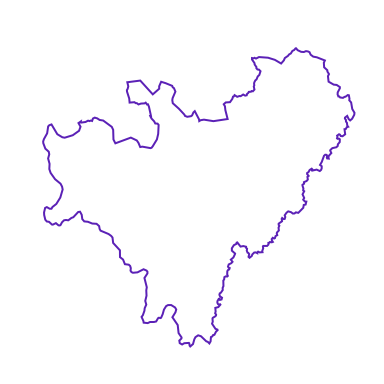 outline of Mouhoun, Mou Houn, Burkina Faso, rotated 186°
{"feature_id": "67063806B95698273817509", "entity_name": "Mouhoun", "entity_type": "district", "adm_level": 2, "iso_a3": "BFA", "parent_name": "Burkina Faso", "parent_adm1": "Mou Houn", "projection": "natural_earth1", "projection_center": [-3.46, 12.237], "detail": "fine", "context": "isolated", "style": "outline", "palette": "violet", "viewbox_px": 384, "rotation_deg": 186, "n_neighbors": 0, "source": "geoboundaries", "source_scale": "gbopen_adm2", "svg_char_len": 5956}
<svg xmlns="http://www.w3.org/2000/svg" viewBox="0 0 384 384"><g transform="rotate(186 192 192)"><path d="M312.1,248.7L309.7,245.3L310.7,241.1L316.5,236.0L324.3,232.7L326.7,232.9L332.0,235.4L338.8,244.5L340.9,243.5L341.9,242.2L342.2,235.2L344.8,229.1L345.3,226.7L345.0,225.0L342.4,219.8L338.7,217.1L337.9,214.6L338.6,210.3L336.6,205.1L336.3,199.9L334.6,196.2L329.5,190.4L323.6,186.5L321.8,183.8L320.9,181.0L322.4,172.7L325.7,165.9L329.2,162.5L330.0,160.7L331.9,160.5L334.8,161.8L336.4,160.8L337.0,156.2L336.6,153.6L335.0,149.1L333.3,147.5L331.1,147.4L327.9,145.0L327.0,145.0L324.1,146.8L321.3,144.9L320.0,144.9L319.3,145.4L318.1,148.3L316.3,150.5L314.4,151.0L312.1,150.9L309.2,153.6L307.4,154.5L303.1,160.2L301.3,160.7L299.3,157.8L298.3,153.6L296.1,151.5L292.4,151.5L287.9,150.2L283.6,150.4L280.8,148.4L280.0,145.6L278.9,144.0L270.6,141.5L267.8,139.9L266.3,138.4L265.1,133.1L257.6,126.5L256.8,119.7L253.5,117.6L251.2,113.2L247.3,113.1L245.8,112.0L244.9,109.9L244.9,107.3L243.8,106.0L242.3,105.5L237.8,106.4L232.1,110.1L229.0,109.1L228.0,108.1L227.8,106.4L230.3,101.5L227.0,92.5L227.2,89.4L226.4,84.1L227.1,78.8L225.7,75.2L226.9,71.5L226.9,68.9L228.0,64.3L229.1,62.5L226.9,58.7L226.4,57.0L222.3,57.0L220.2,58.3L216.0,58.8L214.1,59.5L212.6,62.9L211.8,63.5L210.2,63.3L209.6,63.7L208.4,67.4L207.6,72.1L205.8,75.8L204.1,77.0L200.9,77.4L196.8,75.4L195.4,73.5L195.9,70.6L198.4,65.4L192.3,58.2L190.6,50.3L187.2,46.3L187.2,45.2L189.1,42.9L188.4,40.4L185.9,39.3L183.9,40.8L179.3,41.6L178.9,41.2L178.3,38.9L177.6,38.2L175.1,40.9L174.3,45.7L173.4,48.0L170.9,50.1L168.0,49.5L162.2,45.0L160.6,44.6L158.9,43.2L157.9,45.4L158.0,49.7L156.7,50.5L156.0,52.0L154.8,52.3L153.5,55.7L152.1,57.2L152.3,57.8L154.4,58.4L158.3,63.1L157.8,65.2L158.4,68.2L158.2,69.0L155.7,70.9L155.2,71.8L155.2,72.6L156.3,73.8L156.0,75.5L156.7,79.2L153.8,80.3L152.0,82.9L152.4,83.3L153.3,82.8L154.3,83.1L155.2,84.5L155.3,86.1L154.2,88.6L153.6,88.8L152.9,87.6L151.4,88.2L151.1,90.0L153.2,91.1L154.0,92.6L153.8,94.1L152.8,94.8L151.2,97.7L151.5,99.9L150.9,101.7L151.6,107.2L150.9,108.4L150.9,110.7L149.7,111.6L148.2,111.6L147.6,112.3L148.4,113.8L148.6,117.0L147.9,118.3L146.9,118.9L146.6,120.3L147.7,120.6L148.4,121.5L147.9,123.8L145.5,125.3L144.4,126.8L146.3,128.8L144.0,131.2L142.8,134.6L142.7,135.3L146.2,137.8L146.5,140.2L144.8,143.5L142.5,145.0L142.3,146.3L141.7,146.6L138.0,142.8L135.3,143.6L132.5,143.2L132.4,142.2L131.3,141.3L131.4,139.4L130.4,137.5L129.6,137.3L128.6,136.2L129.0,133.4L127.9,132.6L125.9,134.6L125.5,136.2L123.8,138.3L122.3,138.6L120.7,138.0L120.8,138.7L120.0,139.6L118.6,139.0L115.6,139.5L116.0,140.6L115.3,143.4L115.8,145.3L115.5,145.8L111.7,146.2L110.5,147.7L110.7,149.4L109.8,149.6L109.3,150.4L107.4,150.3L106.4,150.8L107.5,152.2L107.8,153.5L106.9,154.9L105.5,154.3L104.7,154.8L104.3,156.9L102.7,158.0L103.4,159.8L103.2,160.7L101.6,162.8L102.2,165.6L101.6,167.6L102.4,168.4L102.5,169.6L99.4,172.3L100.0,174.7L99.6,175.6L98.0,174.6L97.0,174.9L96.6,176.9L97.4,178.5L95.8,181.3L94.3,182.8L91.4,182.3L89.4,181.1L87.8,181.4L86.6,182.6L84.1,182.4L79.7,187.9L79.5,190.8L77.7,191.4L77.3,194.4L78.8,194.4L80.6,196.0L79.8,197.8L81.8,201.2L80.5,204.5L81.6,205.2L81.6,207.2L82.8,209.9L82.9,210.7L81.4,212.0L81.7,213.5L79.2,214.9L78.1,216.5L78.8,219.1L77.7,220.2L79.4,221.9L79.5,222.9L78.2,224.0L77.3,226.2L75.4,227.7L74.7,227.1L75.2,226.2L74.8,225.8L70.4,227.3L67.1,226.2L65.9,227.5L65.5,229.1L65.7,231.2L67.5,232.3L66.1,235.4L64.5,241.8L63.4,243.0L62.0,243.0L61.4,242.0L61.5,240.3L61.1,239.5L59.5,239.5L60.0,241.0L59.7,242.3L57.5,245.3L58.9,247.6L58.8,248.2L57.0,250.3L53.1,251.6L51.9,253.0L51.9,254.7L50.3,257.1L50.5,259.9L51.3,260.4L52.7,260.1L53.4,260.5L53.1,262.1L53.6,263.2L51.8,264.8L50.9,264.5L49.9,263.2L48.1,263.2L45.7,265.4L46.9,270.4L45.6,270.8L44.9,272.6L43.5,273.2L44.5,274.3L45.2,277.1L46.2,278.1L46.5,279.9L47.6,281.0L47.6,282.0L45.6,283.9L43.8,280.9L42.2,279.7L40.4,281.6L38.7,285.8L38.7,287.8L41.3,291.3L43.1,297.7L45.2,299.7L45.1,301.1L46.1,304.6L47.2,304.7L49.3,302.8L50.2,302.6L51.7,301.4L54.6,301.5L55.5,302.4L56.4,302.3L57.4,304.3L57.5,306.3L55.8,310.6L55.9,311.8L59.3,313.6L62.3,313.6L67.7,316.0L68.9,321.4L68.1,323.6L69.9,325.9L70.2,327.3L73.6,329.8L74.4,334.3L73.6,336.7L81.9,339.0L85.6,339.3L88.4,341.0L89.7,343.3L91.3,343.9L93.4,344.0L95.4,342.9L98.1,342.8L101.8,344.1L103.5,345.8L104.0,345.7L105.2,343.9L106.9,342.8L108.2,340.1L109.8,339.0L110.8,337.4L113.7,334.9L114.4,332.5L116.8,329.1L123.4,332.1L130.4,333.5L139.5,333.2L142.3,331.4L143.8,332.0L144.7,331.4L146.3,331.5L146.2,330.1L143.3,326.7L143.0,325.3L141.0,323.0L140.9,321.8L139.7,320.7L138.2,320.7L136.5,319.3L137.3,315.4L138.7,313.8L139.6,310.7L140.7,309.6L141.5,307.5L141.6,306.3L141.2,304.5L141.6,303.4L140.6,300.4L142.0,298.5L143.3,298.6L143.8,297.9L146.0,297.5L146.4,296.4L147.5,295.3L147.7,293.9L149.2,293.4L151.3,294.3L153.6,292.4L154.9,292.4L157.0,291.4L159.8,292.8L160.4,291.4L161.2,291.1L161.6,288.9L163.6,285.3L167.8,284.6L169.6,282.6L168.2,280.7L167.4,277.0L164.2,268.3L178.1,264.7L187.7,265.2L190.9,264.3L192.2,263.3L192.6,265.0L197.7,272.7L198.9,271.3L199.9,268.2L200.9,267.3L204.6,266.3L207.0,267.0L207.6,268.1L213.8,273.5L220.4,278.3L221.2,281.3L221.1,283.3L219.0,290.1L220.8,293.4L222.1,294.1L222.8,295.5L229.7,297.5L234.2,298.4L235.7,293.7L235.4,291.3L241.2,285.0L255.1,297.4L267.8,294.4L266.4,290.4L266.8,287.8L267.4,286.5L267.1,285.0L264.2,278.4L263.4,274.4L258.6,275.3L257.4,274.5L256.2,274.6L254.4,273.5L252.0,274.6L248.4,275.2L247.4,276.0L245.8,274.3L245.0,274.6L243.8,272.5L240.9,263.8L240.7,263.1L241.4,263.1L241.2,262.7L239.9,260.8L237.0,258.3L235.7,256.3L233.4,256.4L232.2,255.2L231.7,246.2L232.4,240.6L235.8,233.4L236.8,231.8L237.8,231.3L246.1,231.9L248.2,231.3L250.4,235.3L252.3,237.5L258.5,239.7L273.3,232.4L275.6,236.0L276.9,245.6L278.6,248.4L287.8,253.8L291.4,254.0L293.9,255.3L296.5,255.8L298.2,254.7L298.8,252.2L300.0,252.5L301.4,251.8L302.8,252.1L305.2,250.5L309.7,249.4L310.2,249.6L310.1,250.4L312.1,248.7Z" fill="none" stroke="#5b21b6" stroke-width="2"/></g></svg>